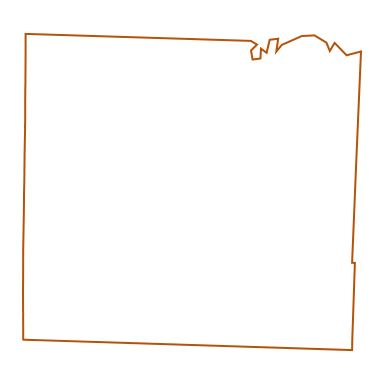 Vernon, Missouri, United States of America
{"feature_id": "52423323B19067451424478", "entity_name": "Vernon", "entity_type": "district", "adm_level": 2, "iso_a3": "USA", "parent_name": "United States of America", "parent_adm1": "Missouri", "projection": "natural_earth1", "projection_center": [-94.432, 37.85], "detail": "fine", "context": "isolated", "style": "outline", "palette": "amber", "viewbox_px": 384, "rotation_deg": 0, "n_neighbors": 0, "source": "geoboundaries", "source_scale": "gbopen_adm2", "svg_char_len": 753}
<svg xmlns="http://www.w3.org/2000/svg" viewBox="0 0 384 384"><path d="M25.6,51.2L25.6,51.3L25.4,84.7L25.3,88.2L25.2,100.9L25.2,115.5L25.2,116.7L25.2,120.9L25.1,123.6L25.0,126.7L25.1,128.6L24.8,142.3L24.7,149.5L24.6,152.9L24.5,164.2L24.4,170.6L24.4,175.0L24.3,182.0L24.1,190.7L24.0,195.4L24.0,201.3L23.8,214.9L23.2,249.8L23.1,282.4L23.0,288.1L23.1,312.1L23.2,314.0L23.2,314.8L23.1,318.1L23.2,325.0L23.2,339.6L23.3,339.7L352.1,350.1L352.3,339.2L354.9,262.9L352.1,262.8L356.6,153.5L361.0,51.5L346.6,55.3L334.6,42.9L329.8,51.0L326.4,42.6L314.5,35.4L301.9,36.0L281.8,44.9L276.3,51.5L278.2,38.7L269.7,39.8L266.6,52.8L261.0,48.7L260.4,58.5L252.6,59.5L251.0,50.5L257.0,44.6L250.9,40.9L25.6,33.9L25.6,51.2Z" fill="none" stroke="#b45309" stroke-width="2"/></svg>